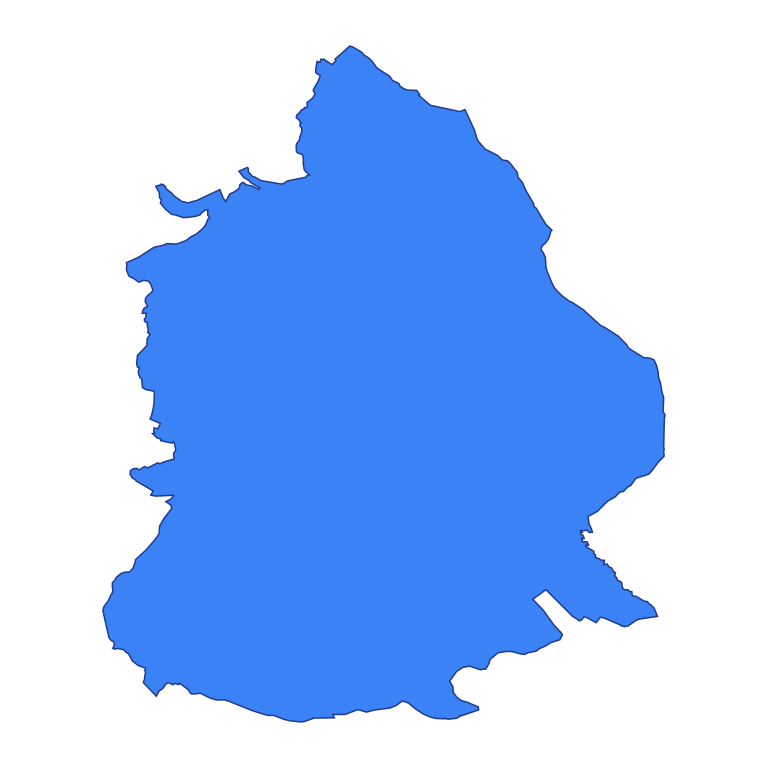 the district of Baciu, Cluj, Romania
{"feature_id": "2599482B51271683564711", "entity_name": "Baciu", "entity_type": "district", "adm_level": 2, "iso_a3": "ROU", "parent_name": "Romania", "parent_adm1": "Cluj", "projection": "natural_earth1", "projection_center": [23.482, 46.828], "detail": "fine", "context": "isolated", "style": "filled", "palette": "blue", "viewbox_px": 768, "rotation_deg": 0, "n_neighbors": 0, "source": "geoboundaries", "source_scale": "gbopen_adm2", "svg_char_len": 6098}
<svg xmlns="http://www.w3.org/2000/svg" viewBox="0 0 768 768"><path d="M478.2,706.9L466.9,702.1L461.6,700.7L457.2,697.7L453.3,692.6L452.9,686.6L449.7,681.4L450.0,680.7L456.4,671.7L462.7,667.4L469.9,666.2L480.3,669.7L486.0,668.9L489.1,663.2L490.1,659.4L498.0,652.8L506.7,651.4L512.3,651.6L520.9,654.0L524.9,654.4L527.8,652.7L535.7,651.3L540.0,648.3L545.0,646.3L550.9,642.6L559.8,639.8L562.4,634.9L561.2,632.8L553.6,624.7L543.1,610.0L532.7,599.3L545.9,589.7L572.4,616.2L579.6,620.9L581.7,619.9L583.7,617.0L584.5,617.0L586.6,617.5L596.2,622.7L599.6,618.1L600.9,617.2L604.3,618.1L620.9,625.2L621.8,626.1L625.0,626.6L627.9,626.0L635.9,620.5L639.3,619.1L657.5,616.4L654.1,608.0L650.7,604.7L648.5,603.5L647.6,601.6L644.1,601.1L636.1,596.3L633.0,596.0L632.2,594.9L631.7,591.5L630.0,591.7L627.6,589.7L624.7,589.8L623.0,588.6L622.1,586.3L622.0,583.7L620.9,581.7L617.6,580.4L616.4,577.5L614.7,575.6L615.5,573.0L613.1,570.8L611.6,568.0L608.8,566.8L607.2,564.0L603.9,564.7L603.6,563.8L604.5,562.0L604.4,560.3L601.1,560.1L598.6,558.4L595.1,557.4L595.7,555.1L594.1,554.0L593.7,551.2L585.7,546.6L585.9,545.2L588.3,545.6L588.6,544.8L586.9,541.7L582.7,541.9L581.6,538.4L583.9,538.9L584.1,537.9L583.0,535.4L580.6,534.2L580.8,532.9L582.1,532.5L580.4,531.0L581.0,530.4L583.1,530.8L586.9,530.2L589.3,532.5L592.4,532.3L591.3,528.5L589.2,524.3L588.0,516.5L597.2,511.5L607.7,501.1L614.8,497.1L619.7,492.3L623.7,491.2L627.5,487.2L630.7,485.5L636.1,478.2L648.7,474.2L651.9,470.7L658.6,461.8L664.1,456.2L663.7,451.2L664.2,449.3L663.7,447.4L664.2,424.2L664.4,417.8L665.1,415.1L663.1,411.8L663.7,397.7L662.1,392.5L660.3,382.4L658.7,378.1L658.0,371.3L656.3,364.8L654.0,359.8L649.8,358.1L643.7,357.6L631.8,350.3L628.0,347.4L626.8,344.9L618.3,336.2L605.0,327.6L600.5,325.4L583.3,309.8L572.8,302.8L569.0,301.0L562.4,296.1L557.1,291.0L554.5,287.9L551.8,282.7L546.9,271.0L545.8,265.8L545.4,257.6L543.4,252.9L541.5,250.4L541.1,248.8L541.4,247.3L543.5,244.4L544.9,243.7L548.2,239.3L549.6,236.0L550.8,231.2L551.9,230.2L545.8,224.3L536.0,208.0L534.3,207.2L533.5,203.5L525.6,189.9L522.5,182.6L517.9,177.0L517.3,172.4L509.5,162.5L507.4,160.8L502.4,160.0L497.6,155.5L485.1,149.1L479.3,142.4L477.2,139.5L474.4,130.0L465.0,109.6L459.8,111.6L430.5,105.3L418.9,95.6L419.8,94.7L416.7,90.4L406.9,90.0L402.3,87.8L400.1,86.2L398.9,83.5L392.4,80.4L389.7,76.3L377.0,68.1L371.9,61.0L368.7,58.0L364.3,55.2L361.7,52.2L352.8,47.0L349.7,46.1L335.0,59.2L336.0,60.8L331.9,64.6L323.6,59.1L323.1,59.9L321.0,59.1L320.0,62.3L317.1,61.4L315.9,68.0L315.7,72.3L316.3,73.2L320.3,75.6L318.3,81.0L313.4,89.5L313.5,91.5L315.1,93.4L314.9,94.2L312.6,98.2L307.0,102.5L307.3,106.7L304.3,107.9L304.4,108.5L301.4,110.0L299.6,112.5L296.7,115.2L296.3,117.8L298.9,119.7L300.3,122.5L301.1,122.8L300.0,123.9L299.9,125.8L301.8,128.1L301.7,132.1L299.9,136.8L299.2,140.4L296.7,143.6L296.1,146.1L296.5,151.5L297.3,152.7L302.2,154.6L302.7,155.4L303.4,158.1L303.2,163.5L304.2,169.5L305.8,171.8L309.4,175.0L307.1,175.5L305.9,177.2L287.2,181.0L283.5,183.5L280.8,184.0L260.6,180.5L254.9,177.1L252.3,176.3L248.4,171.7L248.2,168.2L247.2,167.5L238.9,171.2L243.8,177.5L248.8,180.4L250.4,182.3L259.9,188.1L258.8,189.6L252.7,186.2L246.1,184.8L243.7,182.6L242.2,182.6L239.8,184.8L239.3,187.9L238.1,189.2L235.1,191.4L229.6,194.1L225.7,201.4L223.1,197.9L219.9,189.6L197.0,200.4L188.1,202.8L182.1,201.6L173.8,195.7L171.6,193.0L166.5,189.1L164.9,185.9L163.1,184.6L161.2,184.2L161.2,185.1L159.1,185.2L155.8,186.4L159.2,192.6L159.6,197.8L161.3,200.1L160.4,203.1L165.4,209.2L171.6,214.3L175.9,215.1L183.2,217.6L187.5,217.4L195.6,216.3L199.2,215.2L200.5,214.6L201.1,213.3L204.8,210.3L207.8,209.8L207.7,215.2L209.7,217.5L207.7,219.4L205.8,224.6L202.5,228.9L195.8,234.4L190.8,236.8L186.0,240.6L176.9,244.0L166.3,243.6L164.0,245.0L154.0,247.3L138.1,257.5L126.4,262.6L126.8,264.9L126.5,270.0L128.5,275.2L129.6,276.6L133.7,278.5L138.9,282.2L143.7,280.3L148.4,281.1L150.7,284.1L152.7,289.6L152.9,290.2L150.9,293.1L148.0,295.1L145.6,298.3L145.2,301.6L147.5,306.2L143.9,308.5L142.5,311.3L142.3,313.4L146.2,313.3L145.7,317.7L144.5,318.8L144.4,320.5L145.5,322.1L147.2,322.6L147.3,325.6L148.3,329.5L147.7,332.6L149.8,333.9L149.9,334.6L147.2,338.6L146.9,345.6L137.5,355.3L136.6,364.1L137.7,367.4L139.5,367.9L138.4,370.8L138.4,373.3L140.1,377.9L141.6,378.4L142.4,387.3L145.2,389.4L153.4,391.1L154.4,391.9L154.0,402.6L153.2,408.5L151.4,416.0L150.1,419.0L160.5,423.6L157.6,428.8L154.1,427.9L153.7,431.9L154.6,433.2L152.5,433.6L157.1,437.9L161.0,439.2L160.7,440.7L172.0,443.1L173.5,441.6L174.5,443.8L175.7,449.4L175.1,451.3L173.7,453.2L173.6,455.4L174.2,458.7L173.2,459.3L164.0,461.8L160.1,463.9L158.1,462.9L156.8,463.3L147.8,467.9L144.6,466.5L138.9,470.0L137.1,468.4L133.5,468.6L130.6,470.5L130.2,472.0L130.5,473.8L130.0,474.2L132.7,478.3L134.9,479.3L136.2,481.0L153.1,490.9L150.8,495.2L155.6,496.1L173.5,495.3L172.9,496.8L170.6,499.2L165.8,501.6L170.9,505.1L171.7,508.4L164.1,518.3L159.6,526.0L159.1,533.8L155.2,539.4L145.9,550.1L135.4,559.8L135.3,561.8L133.0,568.1L131.1,570.3L129.2,572.0L124.1,572.3L120.6,573.8L116.2,577.5L115.0,580.1L112.4,582.6L112.3,586.0L112.8,590.2L112.4,592.7L110.7,595.3L108.2,600.9L104.5,605.8L103.5,607.8L102.9,610.8L109.0,637.9L111.5,640.7L114.0,642.0L114.3,645.4L112.7,648.3L114.5,649.1L118.0,648.5L123.6,649.7L126.1,652.4L128.5,653.7L132.3,660.9L138.2,665.5L145.5,668.1L145.7,668.7L144.7,670.3L145.3,671.4L145.5,673.4L144.9,674.9L144.5,679.3L143.3,682.5L156.3,696.2L159.2,690.9L162.4,688.8L164.4,686.5L165.1,684.8L167.8,682.9L169.1,682.9L173.0,684.8L174.1,683.4L178.9,684.5L179.5,683.1L188.1,689.6L190.4,693.1L191.4,693.8L194.9,694.0L200.3,693.2L210.9,698.4L216.5,699.9L224.1,699.9L228.3,701.0L251.9,710.5L265.5,714.8L269.5,715.5L273.4,715.3L284.5,719.5L290.0,720.8L300.8,721.9L304.4,721.5L312.6,718.6L312.6,718.1L334.4,717.8L332.9,714.4L345.0,714.5L356.7,710.0L359.0,709.9L366.5,712.1L374.5,710.0L390.0,708.0L396.4,705.4L402.0,701.2L405.7,701.8L408.5,703.1L415.3,708.8L422.9,713.8L430.8,717.2L436.4,718.5L444.1,718.8L444.4,718.1L446.5,719.0L449.4,719.1L456.4,718.3L459.8,716.5L460.2,715.1L461.6,715.7L478.7,709.9L478.2,706.9Z" fill="#3b82f6" stroke="#1e3a8a" stroke-width="1.5"/></svg>